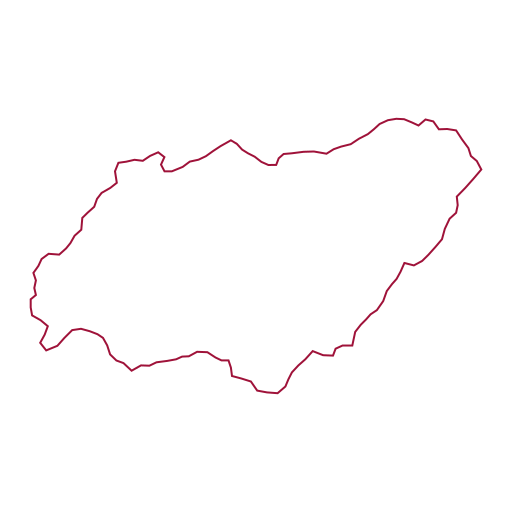 the district of Caranaíba, Minas Gerais, Brazil
{"feature_id": "56859067B65666825780271", "entity_name": "Caranaíba", "entity_type": "district", "adm_level": 2, "iso_a3": "BRA", "parent_name": "Brazil", "parent_adm1": "Minas Gerais", "projection": "albers", "projection_center": [-43.724, -20.893], "detail": "fine", "context": "isolated", "style": "outline", "palette": "rose", "viewbox_px": 512, "rotation_deg": 0, "n_neighbors": 0, "source": "geoboundaries", "source_scale": "gbopen_adm2", "svg_char_len": 1849}
<svg xmlns="http://www.w3.org/2000/svg" viewBox="0 0 512 512"><path d="M481.3,169.5L476.8,161.0L470.9,156.0L468.4,148.1L462.0,139.4L456.1,130.4L447.2,129.0L438.9,129.3L433.3,121.4L425.5,119.5L418.5,125.5L411.8,122.4L404.1,119.2L396.3,118.8L387.9,120.2L379.6,124.0L373.8,129.3L367.9,134.1L359.0,138.7L350.7,144.2L341.1,146.6L333.7,149.2L326.5,153.7L313.9,151.5L303.6,151.8L291.7,153.3L283.6,154.0L278.7,158.3L276.2,164.9L268.4,165.0L261.4,161.9L254.7,156.7L248.0,153.3L242.1,149.6L236.9,143.9L230.9,140.3L220.6,146.1L213.0,151.1L205.9,156.2L198.5,159.7L189.8,161.6L182.7,166.9L171.9,171.3L164.5,171.3L161.0,164.6L164.4,157.1L158.2,152.3L150.1,155.9L142.8,160.8L134.5,159.8L126.2,161.7L118.4,162.8L115.0,171.3L116.8,182.8L110.3,187.9L101.6,192.9L97.0,198.9L94.2,206.8L87.6,212.7L82.3,217.9L81.3,229.7L74.6,235.7L70.4,243.1L66.1,248.4L59.2,254.6L48.6,253.8L41.6,259.0L38.4,265.9L33.4,272.9L35.9,280.4L34.3,288.0L35.9,295.0L30.7,299.3L30.7,307.5L32.1,315.4L40.6,320.2L47.8,326.2L44.7,334.6L40.2,342.8L46.2,350.4L57.4,345.8L64.4,337.9L72.2,330.1L81.0,328.8L89.7,331.2L97.5,334.2L103.0,337.9L107.2,345.4L110.1,354.4L116.4,360.5L123.5,363.1L131.6,370.7L141.0,365.4L149.4,365.7L156.5,362.3L167.3,360.9L176.1,359.3L182.1,356.6L188.8,356.3L197.1,351.8L207.4,352.2L215.5,357.5L221.5,360.4L228.5,360.4L230.9,367.6L232.0,376.0L241.0,378.4L250.9,381.5L257.2,390.6L267.0,392.4L277.6,393.2L285.4,386.5L288.4,379.3L291.9,372.4L298.4,365.4L305.3,359.3L312.7,351.1L323.1,355.2L333.0,355.6L335.6,348.7L342.6,345.5L352.3,345.5L355.2,331.9L360.8,324.7L366.1,319.4L370.6,314.3L376.9,310.1L383.2,301.1L386.8,291.0L392.0,284.1L396.6,278.9L400.5,271.8L404.4,263.0L413.9,265.4L422.2,260.9L428.3,254.9L435.4,247.0L442.0,239.2L444.8,228.9L449.6,218.7L456.1,212.8L457.7,205.2L456.8,196.6L465.3,187.9L473.3,178.9L481.3,169.5Z" fill="none" stroke="#9f1239" stroke-width="2"/></svg>